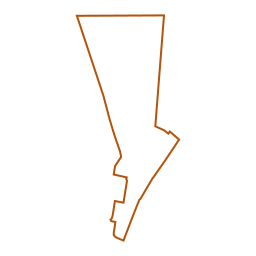 the district of Ksar, Nouakchott, Mauritania
{"feature_id": "47542326B19939520283708", "entity_name": "Ksar", "entity_type": "district", "adm_level": 2, "iso_a3": "MRT", "parent_name": "Mauritania", "parent_adm1": "Nouakchott", "projection": "natural_earth1", "projection_center": [-15.967, 18.123], "detail": "fine", "context": "isolated", "style": "outline", "palette": "amber", "viewbox_px": 256, "rotation_deg": 0, "n_neighbors": 0, "source": "geoboundaries", "source_scale": "gbopen_adm2", "svg_char_len": 603}
<svg xmlns="http://www.w3.org/2000/svg" viewBox="0 0 256 256"><path d="M132.0,218.2L139.3,199.8L140.4,198.9L152.5,178.4L153.6,177.0L163.8,162.4L167.5,157.0L179.1,139.6L169.8,131.5L168.4,133.6L164.1,130.3L155.3,126.3L164.0,15.4L76.9,15.8L103.3,95.4L109.8,119.9L114.4,135.1L120.2,151.9L121.1,157.0L115.1,166.0L113.7,174.5L126.7,177.4L126.3,179.2L127.0,180.7L123.5,202.7L114.9,201.0L113.0,213.5L112.3,217.0L111.4,218.9L110.5,219.7L111.2,221.1L115.4,222.0L114.4,228.8L113.8,232.1L113.8,233.6L113.8,235.2L115.1,236.7L116.3,237.5L123.5,240.6L132.0,218.2Z" fill="none" stroke="#b45309" stroke-width="2"/></svg>